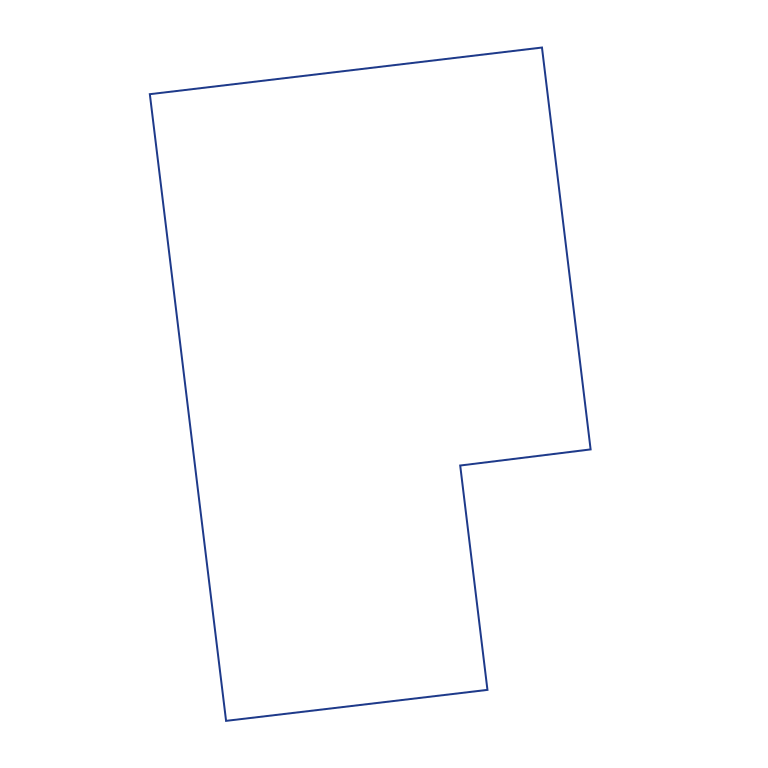 outline of Wayne, Nebraska, United States of America, rotated 83°
{"feature_id": "52423323B26030378600727", "entity_name": "Wayne", "entity_type": "district", "adm_level": 2, "iso_a3": "USA", "parent_name": "United States of America", "parent_adm1": "Nebraska", "projection": "equal_earth", "projection_center": [-97.053, 42.221], "detail": "fine", "context": "isolated", "style": "outline", "palette": "blue", "viewbox_px": 768, "rotation_deg": 83, "n_neighbors": 0, "source": "geoboundaries", "source_scale": "gbopen_adm2", "svg_char_len": 283}
<svg xmlns="http://www.w3.org/2000/svg" viewBox="0 0 768 768"><g transform="rotate(83 384 384)"><path d="M472.3,581.6L699.1,581.8L700.2,318.6L699.5,318.6L474.2,318.3L474.1,186.9L69.3,186.2L67.8,581.1L202.2,581.2L472.3,581.6Z" fill="none" stroke="#1e3a8a" stroke-width="2"/></g></svg>